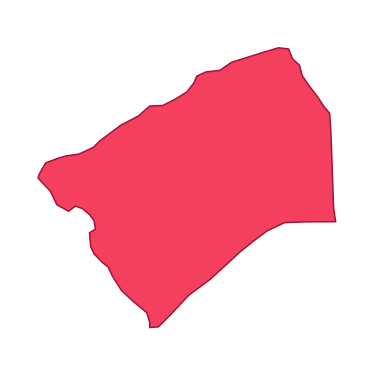 Haparanda, Norrbotten, Sweden, rotated 260°
{"feature_id": "70781695B66074520393344", "entity_name": "Haparanda", "entity_type": "district", "adm_level": 2, "iso_a3": "SWE", "parent_name": "Sweden", "parent_adm1": "Norrbotten", "projection": "mercator", "projection_center": [23.793, 65.969], "detail": "fine", "context": "isolated", "style": "filled", "palette": "rose", "viewbox_px": 384, "rotation_deg": 260, "n_neighbors": 0, "source": "geoboundaries", "source_scale": "gbopen_adm2", "svg_char_len": 911}
<svg xmlns="http://www.w3.org/2000/svg" viewBox="0 0 384 384"><g transform="rotate(260 192 192)"><path d="M65.9,126.8L65.0,135.4L75.3,150.2L90.9,170.9L102.8,194.7L118.3,219.1L125.0,229.5L133.2,244.4L140.6,259.2L145.8,277.7L142.8,299.2L137.8,328.3L151.8,328.7L175.2,332.0L229.0,339.5L245.6,341.2L253.6,336.6L263.6,332.4L275.7,326.1L287.4,320.7L298.2,319.9L305.7,314.1L316.1,312.0L319.0,302.4L317.4,288.2L314.9,269.0L312.8,253.2L307.0,240.6L307.8,226.5L305.3,216.9L299.0,212.7L291.5,204.4L286.1,191.0L282.3,178.1L284.0,165.2L276.1,152.2L270.3,133.9L258.6,110.5L253.1,102.6L249.0,87.2L249.4,74.6L248.6,66.3L246.1,53.0L235.6,44.2L232.4,42.8L217.3,52.7L202.9,56.7L194.5,67.1L198.4,74.9L194.5,81.4L187.3,87.3L180.8,90.5L172.3,90.5L169.7,84.0L156.0,82.7L148.2,84.7L137.8,91.8L132.6,96.4L122.8,99.0L107.1,105.5L94.1,115.3L81.1,126.4L71.3,127.7L65.9,126.8Z" fill="#f43f5e" stroke="#9f1239" stroke-width="1.5"/></g></svg>